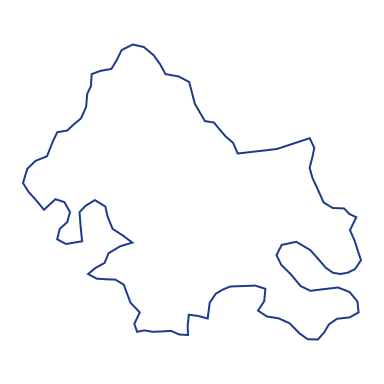 Águas Frias, Santa Catarina, Brazil
{"feature_id": "56859067B4430319008456", "entity_name": "Águas Frias", "entity_type": "district", "adm_level": 2, "iso_a3": "BRA", "parent_name": "Brazil", "parent_adm1": "Santa Catarina", "projection": "robinson", "projection_center": [-52.849, -26.847], "detail": "fine", "context": "isolated", "style": "outline", "palette": "blue", "viewbox_px": 384, "rotation_deg": 0, "n_neighbors": 0, "source": "geoboundaries", "source_scale": "gbopen_adm2", "svg_char_len": 1688}
<svg xmlns="http://www.w3.org/2000/svg" viewBox="0 0 384 384"><path d="M309.7,138.2L276.8,149.0L237.7,153.5L233.1,142.9L225.6,136.4L219.2,129.0L214.0,122.5L204.9,121.1L200.6,113.7L194.8,103.7L192.0,92.7L189.2,82.1L178.9,76.5L165.5,74.1L160.0,64.1L153.7,55.3L143.8,47.0L132.8,44.5L121.7,50.0L116.4,60.7L111.4,68.9L100.4,70.9L91.7,74.1L90.9,86.2L87.2,93.9L86.1,106.9L81.0,118.4L74.7,123.6L67.2,130.5L57.2,132.3L52.6,142.0L47.0,156.2L35.5,160.9L27.3,168.8L23.0,183.0L28.9,192.4L34.9,198.8L44.0,209.8L55.4,199.2L64.4,202.1L70.0,212.2L67.2,222.2L59.7,228.9L57.2,239.3L66.0,244.0L73.5,242.7L82.1,241.3L80.6,226.0L79.5,212.2L85.7,205.7L94.9,200.1L105.4,206.6L107.5,216.3L112.6,228.9L123.7,236.1L132.3,242.6L120.1,246.3L108.6,253.2L104.6,262.9L95.2,268.1L88.1,274.0L96.8,278.7L106.8,279.3L115.4,279.6L123.7,284.7L126.8,292.9L130.5,302.7L139.8,312.4L134.3,323.9L137.1,331.8L144.2,330.4L152.8,331.8L162.8,331.4L171.1,330.9L179.2,334.5L188.0,335.0L187.7,325.9L188.8,314.7L198.3,316.0L207.7,318.5L209.7,302.7L215.7,293.8L222.5,289.7L230.3,286.5L241.2,286.1L255.2,285.6L265.4,288.8L264.2,301.2L258.0,310.6L266.9,316.5L278.5,318.3L289.6,323.3L299.7,333.6L307.7,339.2L317.9,339.5L324.3,332.3L328.9,324.4L336.9,318.8L349.6,317.4L358.6,312.4L357.4,301.4L349.6,292.0L338.0,287.5L330.5,288.4L322.6,289.3L310.5,290.8L300.6,286.1L291.1,274.6L281.3,264.9L276.5,255.2L281.7,244.9L296.3,241.8L310.3,250.1L317.3,257.9L325.9,267.9L333.0,272.8L340.5,274.0L348.0,272.6L355.1,269.0L361.0,260.2L358.2,251.9L354.7,240.9L350.0,230.1L356.3,217.2L349.6,214.1L344.0,208.4L332.7,208.0L323.6,202.4L317.9,189.7L312.5,178.0L309.6,167.9L312.5,156.7L314.3,147.9L309.7,138.2Z" fill="none" stroke="#1e3a8a" stroke-width="2"/></svg>